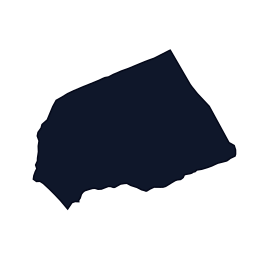 the district of Ar Rusayris, Blue Nile, Sudan, rotated 260°
{"feature_id": "16777658B20285079264513", "entity_name": "Ar Rusayris", "entity_type": "district", "adm_level": 2, "iso_a3": "SDN", "parent_name": "Sudan", "parent_adm1": "Blue Nile", "projection": "natural_earth1", "projection_center": [34.492, 12.166], "detail": "fine", "context": "isolated", "style": "filled", "palette": "ink", "viewbox_px": 256, "rotation_deg": 260, "n_neighbors": 0, "source": "geoboundaries", "source_scale": "gbopen_adm2", "svg_char_len": 1498}
<svg xmlns="http://www.w3.org/2000/svg" viewBox="0 0 256 256"><g transform="rotate(260 128 128)"><path d="M94.0,25.9L92.0,27.9L91.3,28.5L90.8,32.1L88.1,35.0L81.5,40.0L78.5,42.1L75.5,44.2L69.0,48.5L67.7,49.3L58.7,54.5L60.7,56.4L64.3,59.9L64.8,63.3L64.6,64.0L64.0,66.7L65.4,66.9L66.6,68.0L67.3,68.7L70.9,70.6L72.5,72.3L73.7,74.4L74.3,78.7L74.7,82.5L74.4,85.0L72.9,87.9L72.5,91.3L73.6,96.8L73.9,98.6L73.4,100.9L72.1,103.2L71.9,104.6L74.1,110.9L74.0,115.2L73.7,117.4L71.0,120.8L68.5,125.5L68.0,126.5L64.8,130.7L63.6,133.3L62.8,134.6L62.7,135.5L64.1,139.0L65.3,143.4L64.1,149.7L63.7,152.3L64.0,154.9L66.1,160.3L66.5,161.2L68.1,165.5L68.4,167.6L68.2,170.9L69.2,172.9L69.8,173.8L72.1,175.3L72.3,177.0L72.3,181.2L72.6,183.2L73.2,184.0L73.4,186.5L74.7,188.5L74.6,193.4L75.3,199.3L76.1,203.9L77.0,207.2L77.8,210.4L78.1,214.8L78.3,217.3L78.5,219.6L79.5,221.8L80.4,223.4L81.8,228.5L83.6,229.4L87.8,230.1L92.3,229.5L94.8,226.5L96.0,224.9L135.3,211.7L149.8,202.2L157.5,198.0L160.2,196.7L197.3,183.1L197.1,182.2L192.1,165.8L191.2,160.5L190.4,156.3L188.8,149.0L186.6,139.2L186.4,138.2L185.2,131.1L184.2,127.1L183.3,123.0L181.6,117.7L181.6,114.1L181.1,111.8L180.0,107.9L176.9,93.6L176.5,91.5L174.1,81.1L172.3,74.5L169.8,68.2L167.7,62.1L162.2,57.7L150.0,49.9L146.4,44.0L143.0,42.4L139.4,38.7L135.9,37.3L133.5,37.7L130.8,38.2L125.8,36.5L120.1,35.7L114.1,33.7L111.2,33.1L107.6,30.6L103.8,31.2L101.2,29.2L98.9,27.9L97.7,27.2L97.3,27.0L94.0,25.9L94.0,25.9Z" fill="#0f172a" stroke="#020617" stroke-width="1.5"/></g></svg>